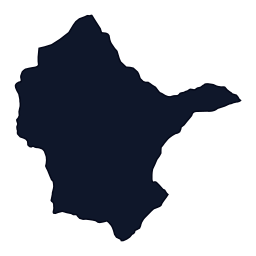 outline of Silambi, Mongar, Bhutan
{"feature_id": "84629894B22017892255208", "entity_name": "Silambi", "entity_type": "district", "adm_level": 2, "iso_a3": "BTN", "parent_name": "Bhutan", "parent_adm1": "Mongar", "projection": "orthographic", "projection_center": [91.084, 27.121], "detail": "fine", "context": "isolated", "style": "filled", "palette": "ink", "viewbox_px": 256, "rotation_deg": 0, "n_neighbors": 0, "source": "geoboundaries", "source_scale": "gbopen_adm2", "svg_char_len": 3723}
<svg xmlns="http://www.w3.org/2000/svg" viewBox="0 0 256 256"><path d="M53.7,213.1L55.4,213.3L58.0,212.3L60.9,211.6L62.1,211.2L64.1,211.7L66.8,212.5L71.3,213.4L73.3,214.5L76.5,214.5L77.0,215.1L77.7,216.1L79.7,218.2L83.1,219.2L86.0,219.0L89.3,219.4L92.7,219.9L95.4,220.5L96.4,221.0L98.0,222.1L99.7,222.4L102.7,221.9L105.2,221.3L106.4,220.9L107.3,221.1L108.8,222.3L111.5,225.5L112.6,227.6L113.7,230.6L114.7,234.4L116.5,237.1L120.8,239.2L121.3,240.6L123.0,240.6L124.7,239.9L126.8,238.9L128.3,237.9L129.7,236.9L131.0,235.4L131.8,234.3L133.2,233.6L134.1,232.8L134.4,232.3L134.6,231.7L134.8,230.4L137.0,229.4L139.5,228.0L140.4,225.9L140.8,224.2L141.5,222.2L143.4,219.0L144.7,217.5L145.7,216.5L151.3,210.8L153.6,208.7L157.7,207.1L159.8,206.2L161.0,205.2L161.4,204.3L161.7,203.5L162.7,201.9L164.2,199.8L166.2,197.1L167.9,194.5L167.3,194.0L166.5,193.2L165.6,191.8L164.6,190.2L164.2,190.0L162.8,189.4L159.2,185.3L156.3,182.4L155.0,181.9L153.2,182.4L152.2,181.4L151.8,179.4L151.8,176.8L151.8,174.8L152.0,171.9L152.5,169.0L154.7,164.3L156.8,159.4L159.3,155.9L160.8,153.1L160.8,150.3L161.0,147.3L162.8,145.1L163.8,143.7L164.2,143.1L167.6,139.0L169.1,137.6L172.2,135.3L175.3,133.5L177.7,132.9L179.6,131.7L180.6,129.3L181.1,127.0L184.0,124.8L186.6,121.5L189.9,117.6L191.5,115.6L192.3,113.5L192.4,113.2L193.9,111.9L195.8,111.3L199.7,111.2L207.4,111.0L208.1,111.1L209.6,111.1L211.2,111.0L212.4,110.8L214.2,110.3L215.7,109.6L217.7,108.2L218.7,107.9L223.0,106.5L224.8,105.9L229.1,103.9L231.4,103.4L233.3,102.6L236.3,101.9L237.5,101.8L238.9,101.4L240.1,100.8L240.5,100.4L239.1,99.3L237.8,97.0L236.3,95.2L232.2,94.0L231.3,93.0L229.3,91.7L226.8,89.7L226.0,88.7L224.7,87.2L223.6,87.0L221.1,87.1L218.0,86.6L216.3,86.1L213.5,84.8L212.1,84.5L207.9,83.9L205.8,84.0L204.8,84.3L204.4,84.8L203.1,85.5L201.0,87.1L200.1,87.5L197.4,88.1L195.0,89.8L193.8,89.9L192.5,89.6L190.4,89.3L189.6,89.6L187.6,91.0L185.3,91.7L184.3,92.4L181.3,93.0L180.1,93.4L179.4,94.4L177.9,95.6L176.8,95.8L174.0,95.9L173.0,96.1L170.3,96.9L167.9,96.7L167.1,96.4L165.2,95.7L161.6,93.5L160.4,93.1L159.2,92.2L157.5,90.1L156.2,88.3L155.3,87.2L154.1,86.5L152.0,85.2L149.6,83.4L148.4,82.7L148.1,82.4L145.3,82.4L143.1,81.6L140.1,78.6L138.6,74.2L137.5,72.1L136.0,70.7L133.2,68.2L130.0,67.5L126.1,67.2L120.5,61.9L119.1,58.7L117.9,54.6L116.9,51.2L114.5,48.5L111.1,43.5L110.3,41.8L109.6,39.5L108.9,35.6L108.5,35.1L107.7,34.1L105.9,33.3L103.3,33.0L101.6,32.8L101.1,31.7L100.2,28.7L95.3,21.1L93.3,17.9L92.3,16.2L91.7,15.4L91.1,15.4L90.0,15.9L87.3,15.7L84.8,16.9L79.4,18.9L75.9,21.7L73.5,25.0L68.9,32.6L60.0,39.5L51.7,44.8L44.6,47.0L39.1,48.3L38.3,57.0L38.3,60.0L38.3,61.3L38.6,64.1L38.6,65.1L37.5,66.5L35.4,67.3L32.4,67.8L29.1,68.4L25.4,69.3L23.5,70.7L22.3,72.0L20.9,76.0L20.9,77.5L21.1,78.4L21.2,79.0L21.4,79.9L21.3,81.0L20.6,81.8L18.7,82.3L16.6,83.6L15.6,85.1L15.5,85.9L15.8,87.7L17.0,90.5L18.9,93.9L19.8,98.3L20.0,99.7L20.0,101.2L20.3,103.3L20.3,106.2L19.7,108.8L19.1,111.7L19.3,114.2L19.4,115.5L19.1,116.3L18.1,118.4L16.9,119.6L16.9,120.8L17.6,122.8L17.9,124.1L17.5,125.3L17.0,126.6L17.0,127.8L17.3,129.8L17.7,130.6L17.5,132.3L17.6,133.8L19.0,135.4L20.3,136.8L23.0,137.7L24.5,138.3L26.1,139.2L27.6,141.0L27.9,143.3L27.9,144.5L28.3,145.4L30.1,146.7L31.5,146.8L32.6,146.1L34.0,146.5L35.1,147.1L36.6,147.4L38.3,147.5L40.2,148.0L42.5,148.9L44.1,150.6L44.6,151.4L45.5,153.9L46.2,155.9L46.5,157.1L46.5,157.9L46.7,160.0L46.4,163.4L46.1,164.7L45.8,166.0L46.5,167.8L47.9,170.5L48.6,172.3L50.8,177.7L51.3,178.7L51.5,179.4L52.0,180.0L53.1,181.1L53.5,182.5L53.8,185.0L53.9,186.5L53.6,188.5L52.5,193.0L52.5,194.2L51.6,198.8L51.4,199.7L51.2,200.2L51.6,201.1L53.3,202.5L53.8,204.1L53.9,206.6L54.0,207.7L53.9,209.4L53.4,211.4L53.4,212.6L53.7,213.1Z" fill="#0f172a" stroke="#020617" stroke-width="1.5"/></svg>